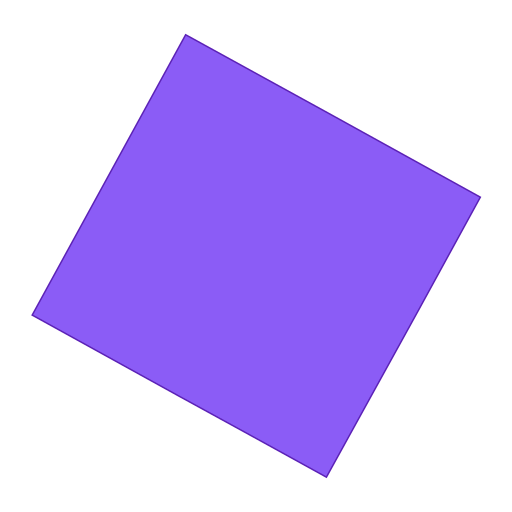 the district of Mahaska, Iowa, United States of America, rotated 209°
{"feature_id": "52423323B68669708686879", "entity_name": "Mahaska", "entity_type": "district", "adm_level": 2, "iso_a3": "USA", "parent_name": "United States of America", "parent_adm1": "Iowa", "projection": "natural_earth1", "projection_center": [-92.705, 41.335], "detail": "fine", "context": "isolated", "style": "filled", "palette": "violet", "viewbox_px": 512, "rotation_deg": 209, "n_neighbors": 0, "source": "geoboundaries", "source_scale": "gbopen_adm2", "svg_char_len": 270}
<svg xmlns="http://www.w3.org/2000/svg" viewBox="0 0 512 512"><g transform="rotate(209 256 256)"><path d="M87.2,96.7L87.6,289.0L88.3,416.2L256.2,416.0L424.8,415.4L423.1,95.8L254.8,96.1L171.3,96.5L87.2,96.7Z" fill="#8b5cf6" stroke="#5b21b6" stroke-width="1.5"/></g></svg>